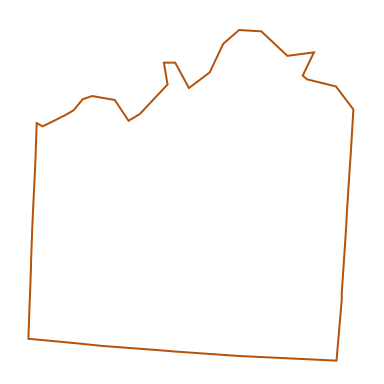 Jackson, Missouri, United States of America (Albers equal-area conic projection), rotated 2°
{"feature_id": "52423323B46140943178406", "entity_name": "Jackson", "entity_type": "district", "adm_level": 2, "iso_a3": "USA", "parent_name": "United States of America", "parent_adm1": "Missouri", "projection": "albers", "projection_center": [-94.442, 39.035], "detail": "fine", "context": "isolated", "style": "outline", "palette": "amber", "viewbox_px": 384, "rotation_deg": 2, "n_neighbors": 0, "source": "geoboundaries", "source_scale": "gbopen_adm2", "svg_char_len": 907}
<svg xmlns="http://www.w3.org/2000/svg" viewBox="0 0 384 384"><g transform="rotate(2 192 192)"><path d="M33.6,344.4L82.8,347.3L108.1,349.0L165.3,351.3L180.1,352.0L245.5,354.3L248.3,354.3L342.3,355.5L345.4,294.8L345.2,287.3L347.0,231.9L347.2,222.4L347.3,221.5L347.5,208.1L348.6,169.7L349.4,145.9L350.4,103.9L332.2,81.5L303.1,75.4L298.6,71.8L309.0,48.2L282.6,52.6L255.6,29.0L233.4,28.5L218.1,42.7L205.5,71.9L185.3,88.2L170.7,63.3L159.4,63.7L163.8,85.4L137.0,116.0L126.1,123.0L111.6,102.7L88.8,99.6L79.5,103.1L70.8,114.5L61.2,120.5L60.4,120.7L52.3,125.3L40.4,131.6L34.4,128.6L34.4,147.8L34.4,154.3L34.4,167.3L34.2,184.3L34.2,184.8L33.8,214.2L33.6,235.3L33.6,237.8L33.6,255.6L33.6,267.6L33.6,269.2L33.8,271.3L33.7,271.7L33.7,273.1L33.7,302.7L33.6,309.0L33.6,310.8L33.6,314.7L33.6,326.6L33.6,327.5L33.6,328.1L33.6,328.5L33.6,333.1L33.6,338.1L33.6,344.4Z" fill="none" stroke="#b45309" stroke-width="2"/></g></svg>